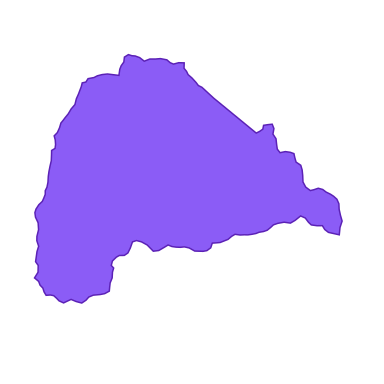 São Roque do Canaã, Espírito Santo, Brazil (Mercator projection), rotated 8°
{"feature_id": "56859067B1151927848611", "entity_name": "São Roque do Canaã", "entity_type": "district", "adm_level": 2, "iso_a3": "BRA", "parent_name": "Brazil", "parent_adm1": "Espírito Santo", "projection": "mercator", "projection_center": [-40.674, -19.727], "detail": "fine", "context": "isolated", "style": "filled", "palette": "violet", "viewbox_px": 384, "rotation_deg": 8, "n_neighbors": 0, "source": "geoboundaries", "source_scale": "gbopen_adm2", "svg_char_len": 2372}
<svg xmlns="http://www.w3.org/2000/svg" viewBox="0 0 384 384"><g transform="rotate(8 192 192)"><path d="M68.1,99.2L67.7,103.1L66.8,107.0L66.0,110.6L64.5,115.8L63.9,121.7L60.8,126.5L58.5,132.0L56.1,135.9L54.4,139.0L52.6,141.9L51.9,146.7L50.4,151.9L47.7,155.6L49.3,159.4L50.3,164.1L50.3,167.9L47.2,170.4L47.7,174.6L48.3,180.6L47.8,186.2L47.5,191.7L47.5,196.4L48.0,202.4L47.7,207.5L46.5,211.1L47.0,214.8L46.1,218.6L45.1,222.1L42.1,225.9L39.9,230.6L39.3,234.3L40.5,238.7L43.9,243.9L45.3,250.7L44.6,257.5L45.1,261.8L47.7,267.1L46.8,272.5L46.8,277.3L46.8,282.8L49.9,286.1L50.7,292.9L48.0,299.0L52.6,301.9L54.5,305.4L57.7,307.9L59.4,311.5L61.9,314.6L66.1,313.7L69.5,313.9L72.6,316.0L75.5,318.3L80.3,319.7L83.3,317.7L87.2,315.2L92.5,316.6L98.3,317.3L102.1,313.9L104.4,310.4L108.6,307.9L115.4,306.3L119.7,304.8L123.9,301.7L123.7,297.2L123.6,293.4L124.9,288.2L124.4,282.4L125.0,278.2L122.3,276.0L122.8,271.4L126.1,267.1L128.8,265.0L133.8,264.2L137.0,261.3L138.7,256.1L140.0,249.7L143.8,247.8L148.9,248.4L155.0,250.7L161.9,256.0L167.2,254.6L171.9,250.9L175.7,247.8L179.7,248.8L183.9,248.8L188.1,248.4L192.1,247.4L197.0,247.8L202.9,250.1L206.7,249.7L211.2,249.2L214.9,248.0L218.3,244.7L219.2,239.8L222.6,239.1L226.9,238.1L234.3,233.9L237.4,230.4L240.5,227.9L245.6,227.9L249.7,227.1L253.2,226.7L257.0,225.6L261.1,224.2L264.1,222.5L268.3,221.2L271.8,219.4L274.7,216.3L277.2,213.2L281.3,211.1L287.4,209.1L293.8,209.1L298.0,205.8L302.9,200.6L307.8,202.0L311.6,205.8L314.7,208.0L320.5,208.0L325.8,207.2L328.7,210.7L332.7,213.0L343.8,213.9L343.5,206.6L344.7,199.9L342.2,194.3L340.1,188.6L339.1,183.2L336.5,179.0L332.8,176.5L329.4,174.9L324.8,173.4L321.1,171.3L316.5,170.7L312.3,172.8L309.0,174.1L303.9,171.3L300.5,166.6L299.3,160.1L298.0,154.8L296.0,150.4L290.9,147.9L289.0,143.6L287.6,139.8L283.8,139.0L278.8,139.0L273.7,140.8L270.5,137.7L269.2,133.2L267.8,127.6L264.1,123.4L264.3,117.8L262.0,113.7L257.9,114.7L253.6,116.0L253.4,119.9L250.5,122.6L247.4,124.7L200.5,96.1L187.2,86.9L183.5,85.7L180.8,83.0L176.1,79.1L171.8,76.3L169.8,73.3L166.9,70.6L166.3,65.2L160.9,65.8L155.9,67.9L152.4,67.0L148.7,64.6L142.1,64.3L137.3,65.4L131.7,66.2L126.5,69.1L121.5,66.2L116.8,65.2L113.5,65.4L109.9,64.8L106.3,67.8L106.4,72.8L104.3,76.8L103.4,80.5L103.4,86.7L97.7,86.8L91.9,86.9L86.7,88.2L82.1,90.1L79.0,92.3L73.3,94.2L71.6,97.9L68.1,99.2Z" fill="#8b5cf6" stroke="#5b21b6" stroke-width="1.5"/></g></svg>